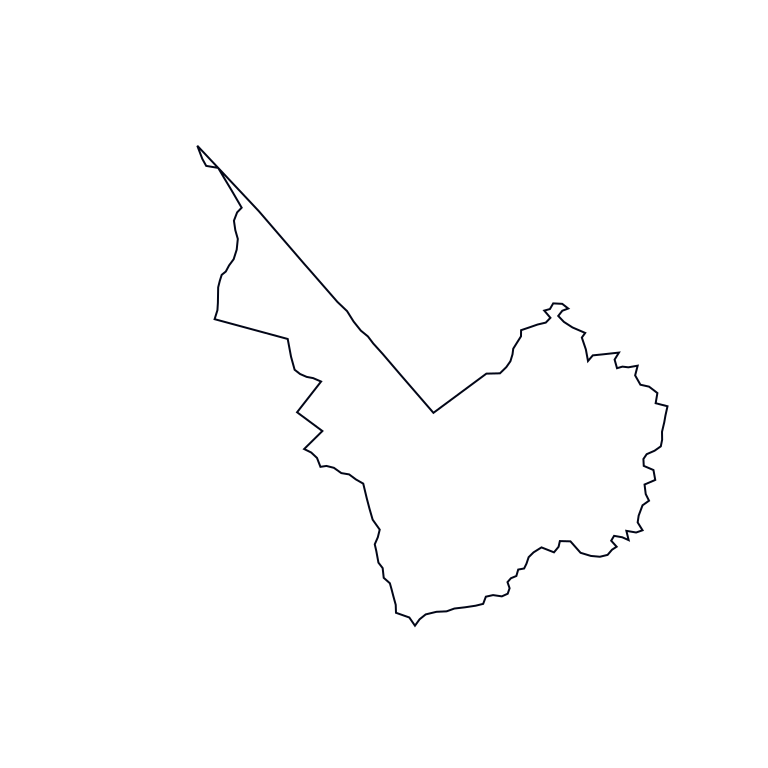 Pinhalão, Paraná, Brazil (Equal Earth projection), rotated 308°
{"feature_id": "56859067B37509012226284", "entity_name": "Pinhalão", "entity_type": "district", "adm_level": 2, "iso_a3": "BRA", "parent_name": "Brazil", "parent_adm1": "Paraná", "projection": "equal_earth", "projection_center": [-50.054, -23.866], "detail": "fine", "context": "isolated", "style": "outline", "palette": "ink", "viewbox_px": 768, "rotation_deg": 308, "n_neighbors": 0, "source": "geoboundaries", "source_scale": "gbopen_adm2", "svg_char_len": 2182}
<svg xmlns="http://www.w3.org/2000/svg" viewBox="0 0 768 768"><g transform="rotate(308 384 384)"><path d="M540.5,465.1L538.6,474.4L532.0,473.7L525.4,468.4L518.1,463.7L510.8,458.9L505.9,462.6L498.0,463.4L491.4,464.1L486.5,467.0L479.8,469.6L472.6,470.0L463.8,468.8L455.2,458.3L391.7,440.7L401.5,391.0L406.9,364.4L409.3,350.6L411.6,342.0L411.8,332.9L414.5,321.6L418.7,310.0L420.0,296.7L427.9,255.9L429.5,247.3L443.1,179.1L452.2,120.3L447.8,131.5L442.7,144.8L435.3,163.3L428.8,162.6L420.3,165.2L413.7,172.1L408.3,179.5L399.2,185.2L389.8,188.7L382.1,188.9L375.2,190.1L370.1,188.9L364.2,191.1L358.1,193.8L345.6,203.2L339.6,207.3L330.8,210.6L360.2,280.4L348.3,293.9L340.2,304.8L340.2,311.7L342.0,318.7L345.0,324.5L347.2,332.9L308.2,332.9L309.0,364.4L283.6,361.1L285.2,368.8L284.5,376.7L279.6,384.9L284.0,389.1L287.1,396.1L287.5,405.2L291.3,412.2L291.5,420.6L292.7,429.0L283.3,440.8L276.9,449.2L270.1,458.6L266.6,470.3L259.4,473.5L252.0,475.4L247.6,480.8L239.8,489.6L238.1,496.3L231.1,503.1L230.6,511.3L227.0,516.2L222.4,522.2L217.2,529.2L211.1,534.3L215.6,547.7L212.6,557.2L220.5,556.9L228.1,558.7L236.8,565.6L243.4,573.3L250.4,577.7L257.9,585.3L265.7,592.7L271.8,597.5L279.1,595.2L284.8,599.9L289.2,607.6L294.9,610.6L300.4,608.7L303.9,603.3L309.1,603.6L314.2,606.5L320.4,604.0L324.9,608.0L330.1,606.9L336.6,604.6L343.4,605.5L352.2,608.7L356.0,621.6L363.2,621.8L368.5,619.3L374.8,627.8L372.0,642.8L375.9,652.9L380.8,660.5L387.0,665.4L393.8,665.7L399.0,667.5L400.4,659.5L406.0,658.8L409.9,666.1L411.6,672.9L417.5,665.4L422.2,674.1L427.9,677.8L431.1,669.1L437.1,665.7L447.6,662.4L455.2,664.7L458.4,658.0L465.2,651.2L475.4,656.8L482.1,649.3L479.4,639.1L484.6,634.6L490.4,634.2L498.0,638.3L505.3,640.5L511.3,637.5L517.5,632.5L526.4,628.4L532.6,625.1L541.0,621.1L536.1,609.9L545.2,605.0L545.1,594.5L541.3,586.5L545.4,576.6L554.6,572.6L547.6,566.3L544.5,561.2L539.9,557.9L545.2,550.7L553.4,549.8L542.1,538.2L535.1,530.9L527.7,530.6L535.5,521.8L542.4,511.3L548.1,511.1L544.6,497.7L543.7,487.5L544.9,479.4L551.5,479.4L556.9,482.7L556.9,475.1L551.7,467.7L545.2,468.6L540.5,465.1ZM452.2,120.3L456.8,90.2L449.5,102.3L446.4,109.6L452.2,120.3Z" fill="none" stroke="#020617" stroke-width="2"/></g></svg>